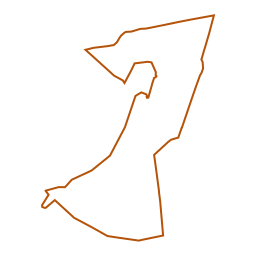 the district of Reifi Kassla, Kassala, Sudan
{"feature_id": "16777658B3769079063022", "entity_name": "Reifi Kassla", "entity_type": "district", "adm_level": 2, "iso_a3": "SDN", "parent_name": "Sudan", "parent_adm1": "Kassala", "projection": "natural_earth1", "projection_center": [36.343, 15.263], "detail": "fine", "context": "isolated", "style": "outline", "palette": "amber", "viewbox_px": 256, "rotation_deg": 0, "n_neighbors": 0, "source": "geoboundaries", "source_scale": "gbopen_adm2", "svg_char_len": 1322}
<svg xmlns="http://www.w3.org/2000/svg" viewBox="0 0 256 256"><path d="M135.5,95.9L124.9,127.3L110.0,155.6L91.6,170.5L71.8,179.7L65.0,187.2L58.7,187.1L45.6,190.7L45.6,190.8L48.6,194.8L48.2,195.4L47.7,196.2L47.5,196.6L47.1,197.1L46.9,197.4L46.2,198.6L44.8,200.8L42.1,205.1L42.2,206.9L44.4,207.8L45.8,207.8L54.8,200.1L74.1,217.8L90.8,226.7L107.4,236.0L115.7,237.3L138.9,240.6L141.8,239.9L163.1,235.5L160.3,202.7L160.3,202.3L159.1,193.1L158.8,189.6L155.4,164.1L154.1,154.9L168.2,141.9L171.1,139.7L178.2,137.6L178.3,137.5L181.3,128.9L181.7,127.7L181.9,127.7L193.2,94.5L196.2,85.9L200.0,75.4L201.5,72.9L203.1,68.4L202.9,65.9L202.9,65.6L202.7,62.9L202.6,61.9L201.4,59.5L203.5,52.6L203.5,52.2L204.8,48.1L209.1,33.5L213.9,15.4L208.8,16.3L190.7,19.6L179.9,21.7L168.7,24.0L149.6,27.9L145.1,28.7L143.8,28.7L141.1,28.8L139.5,29.1L137.6,29.7L131.3,31.6L125.9,31.9L124.5,32.6L121.2,35.5L119.7,37.5L116.9,42.3L113.6,45.2L112.8,45.2L107.8,46.1L93.7,47.8L85.5,49.8L105.2,67.6L110.2,72.1L114.1,75.7L122.8,80.4L124.1,82.4L124.5,83.0L131.0,70.9L134.6,63.4L145.9,62.0L147.3,61.8L149.5,62.0L151.5,62.4L155.6,71.6L155.9,72.8L155.7,73.6L155.7,75.3L156.5,76.1L155.8,77.2L154.1,77.9L152.4,83.1L151.4,86.8L148.3,97.6L147.1,97.8L146.6,96.8L147.1,96.2L146.3,94.3L144.7,93.7L141.3,92.4L135.5,95.9Z" fill="none" stroke="#b45309" stroke-width="2"/></svg>